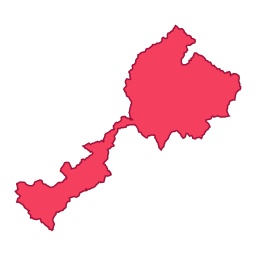 outline of Concepcion, Junín, Peru
{"feature_id": "86281439B60815042130101", "entity_name": "Concepcion", "entity_type": "district", "adm_level": 2, "iso_a3": "PER", "parent_name": "Peru", "parent_adm1": "Junín", "projection": "natural_earth1", "projection_center": [-75.231, -11.807], "detail": "fine", "context": "isolated", "style": "filled", "palette": "rose", "viewbox_px": 256, "rotation_deg": 0, "n_neighbors": 0, "source": "geoboundaries", "source_scale": "gbopen_adm2", "svg_char_len": 5806}
<svg xmlns="http://www.w3.org/2000/svg" viewBox="0 0 256 256"><path d="M100.6,182.5L103.8,182.0L105.4,176.0L108.3,176.0L111.1,174.7L110.4,172.3L109.3,171.8L109.0,170.7L108.0,170.7L107.5,170.0L107.4,168.9L106.6,166.8L105.4,165.5L105.1,164.5L104.1,164.1L103.4,163.2L107.7,158.8L107.7,155.8L108.5,152.4L108.1,150.5L107.5,149.6L110.2,148.3L111.5,146.7L112.9,146.4L114.0,145.8L113.8,145.0L112.2,143.0L113.3,142.0L114.9,139.4L115.0,138.2L114.4,137.0L114.4,136.0L117.3,132.2L117.8,130.7L117.7,128.8L118.8,128.4L119.9,128.7L120.6,127.9L121.4,127.6L122.9,127.8L124.2,127.3L125.9,127.3L126.7,125.7L127.1,125.3L128.3,125.3L129.7,124.7L133.4,124.7L134.3,124.4L134.8,125.1L135.8,125.5L137.2,127.4L138.0,129.1L138.7,131.9L140.8,132.3L142.3,134.9L145.7,137.5L147.1,137.9L148.2,135.7L149.9,135.7L151.5,134.9L154.3,135.3L154.9,135.7L155.1,136.3L154.9,137.9L156.4,139.6L156.5,140.9L158.0,143.0L159.2,147.9L161.2,150.0L162.3,147.8L163.8,146.7L164.1,144.3L164.6,143.6L165.2,141.3L166.1,141.0L167.5,139.0L168.1,138.7L169.1,135.8L170.8,132.9L172.0,131.8L172.9,131.5L174.5,131.5L176.3,130.6L177.2,130.7L178.6,132.4L179.9,133.4L180.9,134.7L181.1,135.7L183.1,138.2L184.6,137.6L185.6,136.1L185.9,134.1L186.8,133.3L188.0,134.1L189.5,136.1L191.7,135.6L192.6,136.9L192.8,138.2L193.7,138.5L195.4,138.9L196.5,137.7L199.5,137.4L201.5,138.5L202.1,137.1L202.0,135.7L204.2,134.2L204.7,132.8L206.3,130.5L208.3,129.0L209.4,126.9L210.0,126.8L208.5,123.6L206.2,121.7L205.8,120.0L210.7,118.9L211.2,118.3L211.5,117.0L212.7,116.1L213.8,117.1L217.7,115.9L220.7,117.0L224.8,116.9L229.2,115.9L228.4,115.2L226.7,110.3L227.5,108.4L227.6,105.4L229.0,104.2L229.8,101.1L233.7,99.7L234.7,100.0L235.4,95.3L236.2,92.6L237.9,91.1L238.2,90.3L240.0,89.7L240.6,88.4L240.6,86.7L239.8,86.3L239.7,83.3L238.6,81.1L239.1,78.9L239.0,76.0L236.6,74.1L233.9,73.6L233.3,73.7L232.7,74.5L231.6,74.4L230.6,75.5L230.2,72.9L229.6,71.8L228.8,71.7L227.7,72.5L226.7,72.2L225.7,73.1L224.9,73.2L224.3,72.9L222.7,70.8L220.4,70.6L219.9,69.1L219.5,68.8L217.1,69.1L216.8,68.2L215.1,66.8L214.3,65.5L213.5,65.4L212.7,65.8L211.7,65.0L211.1,63.2L210.3,62.2L208.4,62.1L207.9,61.1L205.3,59.9L205.0,58.5L203.2,56.8L201.7,55.7L198.9,55.0L196.2,53.0L194.5,53.1L192.8,57.4L191.0,58.6L191.1,60.4L189.7,60.2L189.1,60.5L189.0,62.9L185.6,64.8L183.2,64.9L182.3,64.5L181.3,62.3L181.4,59.0L183.3,57.1L184.2,55.2L184.1,52.9L185.8,52.4L187.6,50.1L186.2,46.4L186.7,45.7L187.7,45.3L190.2,45.2L192.3,43.5L194.6,42.8L195.0,42.2L195.2,40.0L193.3,38.8L191.3,38.3L191.1,36.8L190.6,36.2L189.0,35.4L187.0,35.3L185.5,33.1L184.2,32.5L184.3,31.7L183.4,29.9L181.8,28.7L178.9,29.1L177.2,26.7L175.5,25.6L174.8,26.8L174.6,27.9L173.7,28.3L173.2,29.1L172.8,30.9L171.4,31.1L170.5,31.9L170.3,32.7L168.0,33.2L167.3,35.0L167.5,37.0L167.3,38.1L165.0,38.5L163.4,37.4L162.8,37.5L161.9,38.8L162.1,40.2L161.3,41.8L158.8,43.4L157.1,43.1L155.4,44.5L152.5,44.6L152.0,46.1L151.3,46.8L150.6,46.9L149.0,48.5L147.1,48.6L146.2,49.1L145.1,51.8L142.2,52.3L140.5,53.1L140.3,53.6L139.2,54.4L138.0,54.7L138.0,57.5L137.7,58.1L136.5,59.0L135.9,60.3L135.6,62.9L135.0,63.4L134.6,64.4L132.9,64.8L132.3,65.5L132.2,66.4L132.7,67.6L132.3,69.2L131.9,69.8L131.0,69.8L128.8,72.0L129.9,74.0L129.9,76.5L130.6,79.1L129.6,79.5L126.7,78.9L125.6,80.8L125.4,82.2L126.6,85.9L124.2,88.2L123.8,89.4L124.5,90.5L124.7,91.5L126.1,92.6L126.1,94.3L126.9,96.3L128.8,97.1L129.3,97.8L129.4,98.7L131.4,101.6L131.5,104.0L130.9,104.5L130.8,106.2L130.1,107.7L129.6,111.3L129.1,112.5L129.7,114.0L130.0,116.4L130.7,118.0L132.4,119.7L130.5,119.8L128.9,118.2L127.7,118.5L126.4,117.4L125.6,117.3L125.2,116.6L124.5,116.4L123.6,116.9L122.7,116.5L121.9,116.9L121.1,117.7L121.5,119.1L120.7,120.9L117.4,122.9L116.6,122.4L116.0,122.7L115.0,123.6L114.6,124.7L113.4,125.8L113.4,126.6L114.1,129.5L112.5,129.6L111.0,130.3L108.7,132.3L106.1,133.5L105.1,134.4L104.9,136.4L103.4,139.7L103.9,141.2L103.6,141.8L101.8,140.5L99.5,141.9L98.5,141.9L97.7,141.4L97.0,141.9L95.9,142.0L94.1,143.0L92.4,143.3L90.5,144.6L89.2,143.3L88.8,143.2L84.7,145.6L83.0,146.1L84.9,147.6L85.2,148.4L85.8,148.4L87.5,149.2L88.2,150.2L89.6,151.0L90.4,152.1L91.6,151.5L93.0,153.1L91.7,154.9L91.0,155.0L89.2,156.1L88.7,157.1L86.6,158.0L84.9,160.0L83.2,159.1L81.5,159.7L81.4,162.4L80.4,162.3L79.7,164.1L79.1,164.8L77.6,164.9L76.4,165.8L76.1,167.4L75.4,167.9L71.2,168.8L71.1,167.3L68.9,162.7L66.6,162.3L64.6,162.9L63.4,165.6L61.1,168.4L60.8,170.0L60.4,170.9L60.6,171.4L62.2,172.3L64.7,175.2L65.7,175.7L65.9,177.3L66.6,177.5L67.3,177.3L66.6,177.8L66.4,178.9L64.9,179.1L62.6,182.0L59.8,182.7L59.4,182.4L59.0,182.8L58.3,182.6L54.9,185.8L53.5,186.8L51.7,187.3L50.1,187.3L48.2,186.0L47.6,186.0L45.6,184.3L43.9,184.1L42.9,183.5L42.3,182.7L42.4,181.7L41.8,180.5L39.9,180.0L34.9,182.0L34.3,183.0L34.2,184.3L31.9,185.9L28.7,185.5L27.2,184.9L26.1,184.2L24.7,182.5L24.1,182.3L19.8,182.1L17.9,183.5L17.2,183.3L16.9,183.6L16.8,184.4L17.5,186.7L17.6,188.4L18.0,189.5L15.4,191.4L17.5,194.0L20.1,195.5L19.4,197.8L18.3,198.0L17.6,199.1L16.8,202.1L18.7,202.2L20.2,202.9L22.5,204.4L23.8,205.7L24.5,207.6L26.8,209.1L28.4,210.7L29.2,210.8L28.5,211.6L28.2,212.7L30.5,215.0L30.9,216.2L30.5,217.2L30.8,218.1L32.1,217.7L33.1,218.8L36.1,219.5L37.3,219.4L38.2,218.8L40.4,219.0L41.1,221.8L41.8,222.6L42.3,222.3L43.5,222.9L45.2,225.0L46.7,225.8L47.6,227.0L48.6,227.0L49.2,229.2L50.7,229.4L51.9,230.4L53.0,229.3L52.7,228.8L54.3,224.1L53.0,221.1L52.7,219.2L54.9,215.3L56.0,214.2L56.0,212.7L57.0,212.1L58.5,212.2L60.3,211.0L63.2,210.1L63.8,209.0L65.2,208.1L66.1,206.9L66.0,204.8L66.6,203.3L67.7,201.6L68.6,201.3L69.4,201.5L69.8,201.2L69.9,199.7L69.4,197.9L74.1,196.5L76.2,197.1L77.0,196.9L78.8,195.8L79.2,195.1L79.6,193.3L80.2,192.7L83.5,191.0L85.5,190.6L85.8,188.9L86.2,188.8L86.9,190.3L87.5,189.6L90.3,188.9L90.9,188.3L93.7,187.4L95.3,186.1L96.8,184.2L97.8,183.7L98.8,182.3L100.1,181.8L100.6,182.5Z" fill="#f43f5e" stroke="#9f1239" stroke-width="1.5"/></svg>